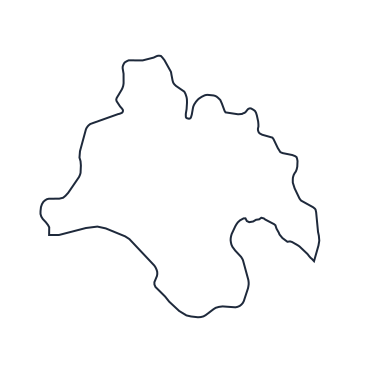 SVG path tracing the border of P'yŏngyang, rotated 19°
{"feature_id": "PRK-3305", "entity_name": "P'yŏngyang", "entity_type": "Special City", "adm_level": 1, "iso_a3": "PRK", "parent_name": "North Korea", "parent_adm1": "", "projection": "orthographic", "projection_center": [125.945, 38.994], "detail": "fine", "context": "isolated", "style": "outline", "palette": "slate", "viewbox_px": 384, "rotation_deg": 19, "n_neighbors": 0, "source": "natural_earth", "source_scale": "10m", "svg_char_len": 3128}
<svg xmlns="http://www.w3.org/2000/svg" viewBox="0 0 384 384"><g transform="rotate(19 192 192)"><path d="M118.3,73.5L120.2,74.5L123.0,76.3L132.8,85.1L133.2,85.6L134.5,88.0L134.8,88.5L137.2,92.7L138.3,94.3L139.3,95.3L140.4,96.0L142.3,96.9L152.0,99.6L152.9,100.4L154.0,101.5L155.9,104.0L156.7,105.4L157.2,106.5L158.2,109.2L159.9,115.4L160.6,119.6L161.0,121.1L161.8,123.1L162.4,123.7L163.4,123.9L165.3,123.7L166.1,123.2L166.6,122.4L166.7,121.6L166.6,118.9L165.6,112.6L165.4,110.9L165.5,109.2L165.6,108.4L166.4,105.3L167.5,102.6L168.2,101.4L170.2,98.8L172.5,96.5L173.7,95.7L175.0,95.1L180.9,93.7L182.5,93.6L184.2,93.8L186.3,94.6L188.8,95.8L191.5,98.7L196.4,104.7L197.8,105.8L210.3,103.5L213.9,101.9L215.0,100.7L215.9,100.1L216.4,99.3L216.8,98.6L217.3,97.1L217.9,95.5L218.5,94.8L219.2,94.2L220.0,93.9L220.8,93.8L223.4,94.3L225.2,94.9L226.7,96.2L228.4,98.5L231.6,103.8L232.8,106.5L233.5,108.5L233.7,110.5L234.0,111.5L234.4,112.3L235.0,113.1L235.8,114.0L237.1,114.6L239.7,115.0L250.3,114.4L251.9,115.5L258.8,122.5L262.5,125.5L263.2,125.6L265.1,125.7L274.7,124.4L277.7,124.5L279.5,125.0L280.5,126.3L281.7,128.4L283.3,133.8L283.6,136.5L283.5,138.8L282.9,140.9L282.6,142.8L282.7,145.3L283.0,146.6L283.4,147.9L284.3,150.4L287.9,155.2L295.8,163.2L297.9,164.6L311.5,167.0L313.7,167.8L314.6,168.5L316.0,170.8L324.2,188.8L324.4,189.1L326.2,192.1L328.2,196.6L329.0,201.4L329.9,217.7L327.1,216.2L325.5,215.6L323.6,214.5L321.5,213.1L311.4,208.5L309.2,207.9L302.8,206.7L300.7,206.8L298.4,208.0L292.5,206.1L288.6,203.7L287.4,202.3L283.8,199.1L281.7,196.3L280.1,195.7L270.2,194.2L268.5,193.6L265.9,193.8L264.4,196.0L261.6,197.4L259.4,200.0L255.9,201.9L253.3,201.6L251.1,199.5L249.3,200.2L246.6,203.2L245.2,205.8L244.5,208.2L244.1,210.3L243.2,218.7L243.3,220.8L243.6,222.9L244.2,225.0L245.2,227.0L246.4,228.9L248.1,230.7L251.9,233.3L259.6,237.4L261.3,238.8L262.4,239.9L273.9,256.8L274.9,258.8L275.6,260.7L276.0,262.7L276.3,264.8L276.5,278.2L276.2,280.3L275.4,282.3L274.2,284.2L272.4,285.8L270.6,286.9L258.2,290.2L254.8,291.9L252.1,293.8L250.5,295.8L245.0,304.0L243.3,305.9L241.0,307.4L238.4,308.5L231.6,310.0L226.9,310.5L218.7,308.7L206.1,303.1L200.6,299.6L188.4,293.7L186.6,291.7L185.8,289.5L186.2,282.9L185.9,280.9L185.1,278.8L183.8,277.0L182.1,275.2L180.3,273.8L148.1,256.9L143.2,255.7L122.3,254.5L113.8,255.5L103.4,260.6L80.3,275.9L70.9,279.2L68.5,271.9L66.7,270.2L63.7,268.2L59.7,266.1L57.5,264.3L55.9,262.1L55.0,259.4L54.1,255.4L54.1,252.3L54.7,249.6L55.8,247.7L57.1,246.1L58.8,245.0L68.7,241.5L72.0,239.4L73.6,236.8L75.2,233.1L80.3,214.6L80.5,212.1L80.4,210.2L78.3,203.1L76.6,199.2L74.4,196.1L72.8,189.9L71.3,167.2L71.5,165.6L72.0,163.9L72.5,162.7L73.7,160.8L96.9,142.3L97.5,142.0L98.7,141.1L100.0,139.9L100.3,139.2L100.4,138.4L100.3,137.8L100.1,137.2L99.8,136.8L98.6,135.9L96.1,134.5L91.3,130.8L90.8,130.2L90.3,129.3L90.2,128.4L90.2,127.6L90.7,125.2L90.9,124.4L92.2,118.1L92.4,116.4L92.4,114.2L92.2,112.9L91.9,111.4L88.8,102.5L86.2,97.7L85.7,96.3L85.6,94.7L85.8,93.0L85.9,92.3L86.2,91.6L86.5,91.0L88.2,89.1L89.3,88.1L102.4,83.7L112.0,77.4L114.3,75.1L115.4,74.3L116.7,73.8L118.3,73.5Z" fill="none" stroke="#1e293b" stroke-width="2"/></g></svg>